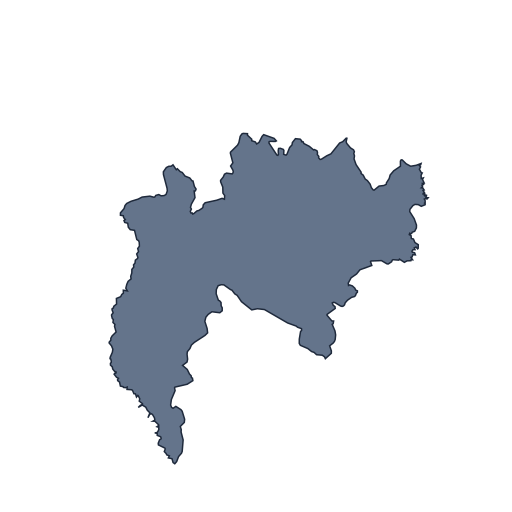 Gungu, Bandundu, Democratic Republic of the Congo, rotated 145°
{"feature_id": "63176286B71176382547280", "entity_name": "Gungu", "entity_type": "district", "adm_level": 2, "iso_a3": "COD", "parent_name": "Democratic Republic of the Congo", "parent_adm1": "Bandundu", "projection": "mercator", "projection_center": [19.308, -5.768], "detail": "fine", "context": "isolated", "style": "filled", "palette": "slate", "viewbox_px": 512, "rotation_deg": 145, "n_neighbors": 0, "source": "geoboundaries", "source_scale": "gbopen_adm2", "svg_char_len": 6120}
<svg xmlns="http://www.w3.org/2000/svg" viewBox="0 0 512 512"><g transform="rotate(145 256 256)"><path d="M135.1,165.4L131.8,163.3L131.0,164.0L129.9,163.1L129.8,166.0L128.7,165.7L126.8,167.1L124.8,165.5L124.2,167.7L125.8,169.5L125.5,170.5L123.7,171.1L122.1,170.0L121.7,171.9L119.8,171.6L119.5,169.1L118.7,169.3L116.6,172.2L118.1,175.9L117.3,179.6L118.7,181.2L117.3,183.8L118.2,185.6L117.0,186.5L116.4,185.4L115.4,185.3L114.4,185.9L111.9,185.2L108.5,187.0L106.8,189.3L105.0,195.9L104.6,204.2L103.2,205.9L98.5,207.3L96.2,207.1L93.6,205.0L92.1,201.9L88.1,201.0L87.4,201.7L87.6,202.7L86.6,202.9L85.6,204.6L85.5,206.1L84.3,205.9L83.2,204.6L81.6,205.0L83.4,206.4L81.5,207.9L81.9,208.5L83.2,208.4L83.4,209.0L82.3,210.0L83.6,210.9L83.2,211.4L81.7,211.2L81.6,213.9L80.4,213.6L80.4,216.1L81.4,217.0L79.9,217.1L79.5,218.8L77.8,218.5L78.0,220.0L76.4,219.2L75.7,223.2L74.2,224.0L76.2,224.7L74.4,227.5L72.2,228.7L72.8,229.4L72.4,233.4L70.1,234.6L70.3,236.4L68.7,236.3L67.7,237.1L72.7,238.4L77.8,240.8L80.1,245.4L81.1,250.8L81.9,251.5L83.3,250.9L86.2,246.7L94.3,246.8L99.7,245.4L102.4,243.1L107.2,241.1L108.2,240.0L110.8,240.4L115.1,242.7L121.5,242.2L122.1,242.9L122.3,245.8L121.3,249.4L121.5,253.9L122.4,256.4L121.8,260.8L122.6,263.3L121.8,264.4L121.6,273.5L120.0,279.3L117.9,281.5L117.1,283.9L115.6,285.0L115.2,287.0L116.6,290.4L117.1,296.3L116.6,297.9L114.0,300.3L114.5,300.8L119.4,299.9L122.7,300.6L136.0,296.7L140.5,297.5L147.1,297.8L148.1,298.3L148.4,300.5L147.4,301.6L147.6,303.9L146.2,305.6L145.7,307.3L147.1,309.7L148.0,309.9L149.4,315.2L152.3,320.7L151.9,322.5L153.1,323.5L152.5,324.3L152.8,326.4L156.4,329.5L161.1,328.1L162.7,326.4L166.2,325.6L172.3,321.6L173.6,321.4L175.0,323.4L172.6,326.5L172.5,327.7L174.3,330.3L175.8,331.1L177.2,329.8L179.4,326.3L180.4,325.9L181.0,326.8L180.6,341.1L179.7,342.1L178.7,341.8L174.4,338.7L173.3,338.6L173.7,342.0L180.1,351.0L182.4,350.5L188.4,347.3L191.2,347.4L191.1,349.8L193.4,352.9L192.5,354.1L193.7,359.8L192.8,361.1L196.2,363.8L197.5,364.1L200.3,363.1L205.0,358.7L207.5,357.4L217.3,355.7L218.0,355.0L221.5,345.6L225.2,344.3L225.7,339.6L226.3,338.0L227.4,337.2L228.4,336.9L232.6,340.8L234.9,341.1L237.5,339.5L241.6,338.3L242.4,337.1L243.7,331.5L247.0,326.5L247.0,323.5L249.3,320.6L250.7,322.7L256.1,324.2L267.1,328.8L269.8,328.2L271.7,326.2L273.0,326.0L276.7,326.1L278.5,326.8L282.7,326.4L283.8,326.7L283.6,327.9L284.6,328.4L284.3,330.2L282.0,331.5L281.8,333.4L279.1,335.6L272.5,338.8L269.4,344.7L268.3,344.1L266.7,345.2L266.6,348.2L264.6,353.6L265.3,354.3L265.5,357.9L268.3,362.2L268.5,366.7L269.7,368.6L270.4,372.6L271.8,372.4L271.7,378.3L274.0,378.2L276.0,379.5L278.7,379.9L283.6,378.1L285.1,375.8L290.0,362.5L291.3,360.2L294.4,358.0L296.6,358.2L299.2,359.7L300.4,362.1L303.3,363.1L305.1,362.4L305.9,362.7L308.6,365.9L315.5,369.6L319.9,370.2L327.0,372.5L331.8,373.2L334.3,372.5L336.9,370.5L342.3,369.1L343.7,367.1L341.6,365.1L342.4,363.4L342.2,360.8L343.8,360.8L344.3,358.8L342.3,356.4L344.1,352.8L343.9,349.7L340.8,346.7L344.2,337.9L343.4,335.8L343.8,334.2L345.9,330.9L348.6,330.0L349.7,327.0L352.6,326.1L353.6,322.5L354.5,321.9L357.2,321.8L359.2,319.6L361.4,319.0L362.5,317.0L365.3,316.3L367.5,313.3L370.3,311.2L371.5,308.9L375.3,308.6L378.1,306.9L381.1,304.3L381.4,301.2L384.3,304.1L386.0,301.6L388.0,301.5L390.2,300.3L394.7,301.3L397.8,296.6L401.3,296.4L402.7,295.2L404.0,295.4L404.8,294.5L405.6,291.4L408.0,290.7L408.5,290.0L409.6,287.2L409.3,285.8L411.3,283.6L410.8,280.9L412.2,279.6L414.2,274.0L419.6,273.1L422.1,271.9L423.2,270.3L425.6,269.7L426.2,269.0L425.9,265.3L426.7,261.8L428.9,259.5L433.5,256.7L434.5,255.6L434.1,254.9L434.8,253.0L435.7,251.8L436.8,251.6L437.8,250.1L437.3,247.7L438.2,245.6L438.0,242.6L437.1,241.1L438.1,240.4L438.9,241.0L440.0,240.6L439.8,236.6L438.8,234.7L440.4,234.1L440.8,233.2L440.1,231.0L441.7,227.2L439.9,225.3L439.9,224.3L438.3,222.9L436.7,222.5L438.2,220.7L434.5,217.7L434.3,216.4L435.0,213.2L433.8,212.2L434.8,209.0L432.7,209.6L432.6,209.2L433.1,205.7L434.9,204.1L433.7,200.1L434.0,199.6L436.4,200.0L439.3,199.5L434.7,199.2L433.0,195.4L433.5,192.0L432.9,188.4L437.3,185.5L433.8,187.3L432.2,186.8L431.7,185.5L432.0,181.7L432.7,180.1L433.3,179.6L435.1,179.8L433.6,178.7L432.6,173.5L432.9,173.0L435.1,173.0L434.6,172.3L433.5,172.2L435.1,169.7L437.1,168.5L438.6,168.2L440.4,169.2L438.7,167.3L439.8,165.7L437.8,162.7L438.2,161.1L438.9,160.6L440.3,160.8L443.5,158.7L444.3,157.2L440.8,150.9L441.0,150.0L443.3,148.4L442.9,145.7L443.2,144.3L441.6,142.0L443.6,140.9L441.1,138.1L442.4,134.4L441.7,132.4L438.9,133.1L434.5,136.1L430.1,137.2L428.5,138.3L421.2,147.1L418.3,154.8L416.8,156.7L415.8,159.8L410.2,160.8L408.1,163.2L405.5,171.2L405.6,173.2L407.9,178.8L411.3,178.8L412.0,180.5L411.4,182.9L407.6,187.0L399.5,192.1L398.3,194.8L397.6,195.1L385.9,190.4L379.2,190.1L378.1,192.4L378.6,193.5L377.8,195.2L378.2,197.3L377.4,202.5L378.9,208.5L373.3,208.7L371.2,210.7L368.8,215.1L367.1,217.0L363.2,218.1L360.0,220.1L356.1,220.6L343.3,220.2L339.7,220.8L337.6,224.7L335.4,231.8L332.2,234.6L328.7,235.6L324.1,235.6L318.2,230.3L315.1,230.5L313.4,232.9L313.1,235.2L311.3,238.0L311.5,240.2L312.2,241.3L310.3,247.9L307.7,251.3L304.0,253.4L300.9,252.4L298.9,250.8L296.2,243.2L295.3,241.8L295.1,237.1L294.0,234.6L294.1,226.9L290.4,214.3L285.1,212.0L279.8,207.3L268.5,183.0L263.3,175.6L262.8,173.8L260.4,170.4L261.2,169.0L262.9,168.5L268.2,163.1L270.7,159.6L270.9,157.4L266.6,150.4L265.3,145.9L263.7,143.7L263.0,140.4L258.6,136.7L257.7,134.1L258.1,132.1L250.1,133.1L248.7,135.0L247.2,140.2L242.8,140.4L240.8,141.0L239.0,142.2L236.0,145.7L234.3,149.3L232.8,156.3L231.6,156.3L229.7,158.2L231.1,159.3L231.8,166.7L231.3,167.4L221.2,167.6L220.3,169.3L221.0,171.3L220.5,173.8L219.2,173.7L218.1,172.6L215.4,166.5L214.4,165.3L213.1,164.9L211.5,165.2L209.8,166.5L206.4,167.3L201.4,167.3L198.6,166.3L197.3,166.5L195.1,168.0L193.8,168.1L192.9,169.3L193.9,170.9L193.5,172.9L194.2,176.2L195.9,178.6L197.1,178.8L196.0,180.9L190.6,183.6L183.9,183.6L178.7,185.1L166.6,181.8L165.4,185.8L164.6,185.9L155.9,180.3L153.2,174.4L152.2,173.6L148.2,173.5L146.9,174.4L145.9,174.4L141.4,170.7L140.3,171.2L138.1,165.7L135.1,165.4Z" fill="#64748b" stroke="#1e293b" stroke-width="1.5"/></g></svg>